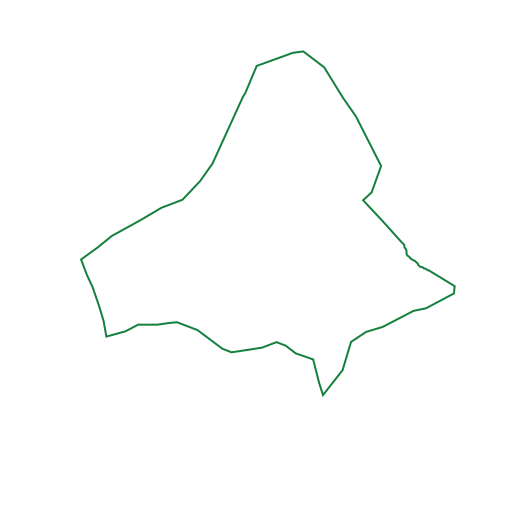 Guchin-Us, Övörhangay, Mongolia, rotated 233°
{"feature_id": "93677404B94163946721302", "entity_name": "Guchin-Us", "entity_type": "district", "adm_level": 2, "iso_a3": "MNG", "parent_name": "Mongolia", "parent_adm1": "Övörhangay", "projection": "equal_earth", "projection_center": [102.189, 45.34], "detail": "fine", "context": "isolated", "style": "outline", "palette": "green", "viewbox_px": 512, "rotation_deg": 233, "n_neighbors": 0, "source": "geoboundaries", "source_scale": "gbopen_adm2", "svg_char_len": 1376}
<svg xmlns="http://www.w3.org/2000/svg" viewBox="0 0 512 512"><g transform="rotate(233 256 256)"><path d="M107.0,391.5L112.3,396.5L139.4,385.8L140.1,385.7L141.0,384.7L141.6,384.4L142.5,384.3L143.0,384.1L143.5,383.8L144.1,383.6L144.5,383.3L144.8,382.9L145.1,382.5L145.8,382.5L146.3,382.4L146.9,382.1L147.7,381.6L148.1,381.0L148.7,380.5L149.8,380.5L150.7,380.3L151.3,380.2L151.8,380.3L152.3,380.6L152.8,380.6L153.5,380.5L154.1,380.4L154.8,380.2L155.7,380.1L156.6,379.9L157.2,379.5L158.0,379.0L158.7,378.7L159.9,378.3L160.9,377.9L161.7,378.0L164.1,377.6L164.9,377.3L165.6,377.0L166.2,377.1L167.3,377.7L167.7,378.0L168.5,378.6L169.0,378.8L169.5,379.1L170.1,379.6L170.9,379.7L171.8,379.8L172.8,379.8L173.5,379.7L174.8,380.6L175.6,381.0L176.4,381.1L177.9,380.7L206.8,378.2L236.1,375.1L237.2,386.6L252.6,410.1L307.3,419.8L330.2,420.7L365.7,424.0L390.9,416.9L396.1,407.7L407.4,371.0L392.5,345.4L390.9,341.2L356.0,276.9L349.4,256.2L345.2,231.2L351.4,209.7L354.3,184.3L358.8,153.0L358.1,134.1L358.5,114.2L342.7,109.6L328.9,106.6L310.0,100.4L295.9,95.2L281.7,88.0L274.4,106.4L272.1,120.6L260.5,135.9L254.9,146.1L250.7,153.0L232.0,164.7L202.3,173.3L193.8,178.5L179.3,205.4L174.8,220.6L166.4,225.8L154.4,229.1L139.0,239.4L116.6,230.0L104.6,225.8L112.7,256.4L130.2,280.2L129.1,298.3L123.1,314.6L117.4,348.7L111.9,360.4L107.0,391.5Z" fill="none" stroke="#15803d" stroke-width="2"/></g></svg>